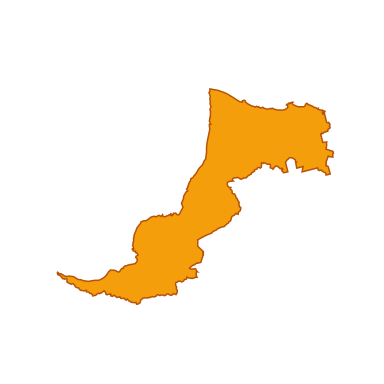 outline of Waitaki District, Canterbury, New Zealand, rotated 256°
{"feature_id": "76426892B29825208127723", "entity_name": "Waitaki District", "entity_type": "district", "adm_level": 2, "iso_a3": "NZL", "parent_name": "New Zealand", "parent_adm1": "Canterbury", "projection": "mercator", "projection_center": [170.369, -44.682], "detail": "fine", "context": "isolated", "style": "filled", "palette": "amber", "viewbox_px": 384, "rotation_deg": 256, "n_neighbors": 0, "source": "geoboundaries", "source_scale": "gbopen_adm2", "svg_char_len": 6067}
<svg xmlns="http://www.w3.org/2000/svg" viewBox="0 0 384 384"><g transform="rotate(256 192 192)"><path d="M115.0,70.7L115.3,72.4L115.0,73.4L116.5,76.3L115.8,77.3L115.9,78.5L116.2,79.2L116.0,79.6L117.4,82.9L115.0,83.9L113.4,83.8L112.8,84.8L113.0,85.9L112.7,87.0L112.9,88.1L112.5,88.5L110.9,88.0L110.0,89.7L110.6,90.9L110.4,92.0L109.6,92.2L107.8,93.7L108.0,94.4L107.5,95.8L107.8,96.7L106.1,97.1L105.3,99.4L105.6,100.1L103.0,101.8L103.8,103.2L101.5,104.5L100.9,105.5L99.7,106.3L99.7,107.1L99.1,107.6L98.6,109.0L98.4,111.0L97.0,110.9L96.3,111.4L96.4,112.8L97.0,114.7L99.6,116.2L100.8,118.8L100.7,120.8L99.9,123.3L100.1,124.1L99.7,126.1L100.1,126.8L99.9,128.8L99.3,130.0L99.7,132.3L100.6,133.1L100.6,133.5L100.4,134.3L99.3,135.8L99.6,136.5L99.0,138.9L98.0,140.3L98.3,141.8L99.1,142.9L99.0,143.9L97.4,145.6L96.7,147.3L97.9,149.8L96.3,151.6L97.7,153.1L100.0,153.9L102.2,153.4L103.5,154.1L104.9,153.6L107.2,153.9L108.1,154.6L108.0,155.5L108.8,157.1L108.1,159.4L107.3,160.0L107.2,160.5L107.6,162.2L109.1,163.7L108.7,164.6L108.8,165.4L109.4,166.1L110.7,166.5L109.5,167.9L108.6,169.5L108.5,170.5L108.0,171.1L108.3,171.8L108.0,172.8L108.4,174.5L108.0,176.3L110.0,175.9L112.9,176.7L113.7,177.2L113.3,178.0L114.7,177.2L116.1,177.2L116.7,176.7L117.3,172.6L118.7,171.1L120.6,174.7L120.8,177.0L121.9,179.0L121.5,180.1L121.6,183.5L127.7,187.3L129.7,187.7L129.1,188.0L131.4,188.6L138.0,184.4L144.3,186.1L146.6,195.3L147.4,201.2L148.7,203.0L149.1,206.0L150.2,208.4L150.8,212.1L150.7,214.9L152.5,218.0L153.2,220.0L154.1,220.6L154.7,222.5L158.6,224.7L159.3,227.5L160.7,229.6L159.8,230.2L159.2,231.4L161.1,232.1L162.2,234.3L164.3,235.4L165.4,235.5L166.1,234.4L166.6,234.4L167.7,234.7L168.6,234.4L170.6,235.3L172.0,234.6L174.9,234.1L176.1,233.3L177.9,233.4L179.9,232.7L180.5,231.3L181.1,230.7L183.5,231.2L185.7,229.9L187.0,230.8L187.4,229.3L189.1,228.0L191.6,228.2L192.8,228.8L193.3,232.3L192.9,232.9L192.7,234.8L193.6,234.1L194.7,234.3L195.6,236.4L195.1,237.7L195.2,239.7L192.5,242.7L193.0,245.7L192.7,248.1L194.3,250.6L195.0,253.7L196.4,254.7L196.3,255.7L197.1,256.8L197.0,257.6L198.5,258.1L198.4,260.2L199.8,261.7L199.4,263.6L198.7,263.9L199.2,265.2L201.6,266.1L203.0,266.1L203.5,267.0L202.5,268.2L203.0,269.0L200.7,271.9L200.2,274.1L199.1,274.7L196.7,273.8L196.0,274.4L195.7,275.6L194.5,276.1L196.5,278.6L196.8,280.4L195.0,282.2L193.3,283.2L193.3,284.5L192.4,284.4L192.8,285.3L192.0,285.6L191.6,284.9L190.2,284.5L189.1,285.5L188.5,285.5L188.4,289.9L198.1,289.9L200.1,291.9L200.6,293.2L201.6,294.5L201.3,296.6L199.9,298.6L198.2,300.0L196.5,299.8L195.9,300.5L195.8,299.8L189.8,299.4L189.8,305.9L184.9,303.7L185.0,319.8L182.7,319.8L182.1,320.6L182.2,321.8L181.7,322.9L181.0,323.1L178.1,326.3L176.0,326.2L176.0,330.5L183.7,330.3L185.1,328.9L185.1,328.4L187.3,329.3L188.0,329.0L193.9,332.9L192.9,334.1L191.8,337.1L194.8,337.7L195.3,338.6L196.1,338.6L197.3,338.6L201.1,332.5L205.5,334.2L206.8,334.3L207.9,334.9L208.5,330.9L217.1,330.9L217.5,331.6L216.9,331.4L217.4,332.0L217.1,332.4L217.3,333.4L218.2,335.9L217.9,336.5L218.2,337.2L218.1,338.5L219.4,338.6L220.3,340.2L220.3,340.9L220.8,341.4L221.6,341.7L222.4,341.2L224.3,342.3L226.3,341.4L225.9,341.1L226.0,340.8L227.1,339.5L236.5,339.5L235.7,338.0L236.5,337.6L237.3,338.3L237.5,338.1L237.2,338.0L237.9,337.7L237.8,341.1L238.4,340.0L240.0,338.2L240.1,337.3L241.2,335.1L241.8,334.5L242.6,334.8L242.4,334.0L244.0,332.4L244.6,330.8L245.8,330.0L248.0,327.2L248.8,325.6L249.9,325.5L250.3,324.8L249.7,323.4L247.9,322.3L247.7,321.1L248.8,316.3L249.7,314.5L252.1,311.5L253.3,310.7L254.4,310.8L254.7,311.7L254.8,311.6L254.8,309.0L254.3,309.0L254.1,308.4L254.7,307.4L254.3,307.2L254.4,306.7L254.0,306.1L254.1,305.0L253.5,304.7L253.1,305.4L252.3,305.7L250.9,305.4L250.0,303.8L249.5,301.8L249.5,299.9L250.9,294.7L252.2,292.2L253.9,290.1L253.6,289.2L254.2,288.0L253.9,286.2L254.3,284.8L255.7,282.4L257.2,281.0L256.7,280.0L257.0,278.9L257.9,277.4L258.7,277.3L258.6,276.4L259.5,275.4L259.1,273.9L259.3,273.5L260.3,272.4L260.8,271.0L264.2,267.3L266.1,265.8L267.6,265.7L268.4,265.0L268.2,262.3L268.1,262.9L267.2,262.7L267.3,262.2L267.9,262.4L267.2,262.1L267.9,260.3L277.7,250.9L280.3,247.9L284.4,241.7L287.7,234.3L285.6,233.8L284.2,232.8L284.6,232.8L284.4,232.5L280.4,232.9L278.1,231.9L274.2,231.4L273.3,230.8L270.5,231.1L267.3,229.2L266.3,229.5L262.4,228.6L261.5,228.0L260.1,228.0L259.4,227.0L258.8,227.1L256.7,226.0L255.2,226.4L254.2,226.0L253.3,226.6L253.3,225.1L248.5,224.4L237.0,218.9L231.8,216.9L226.7,215.6L220.5,213.1L219.4,211.5L215.9,208.8L213.0,204.3L208.4,199.8L207.4,198.0L206.0,196.7L205.1,194.0L203.3,193.3L202.0,191.7L197.2,188.6L196.1,187.4L194.1,188.1L193.3,186.1L190.5,183.3L186.8,181.6L183.8,179.1L179.3,179.5L174.9,175.5L173.8,174.9L173.1,173.0L174.0,171.6L175.4,171.2L175.9,168.9L174.5,168.1L174.0,167.3L174.0,166.5L175.4,166.8L176.0,166.1L174.8,165.5L175.3,164.9L175.3,163.8L174.9,163.2L174.8,160.9L174.5,159.7L175.0,158.5L175.5,158.1L177.1,157.9L175.7,156.2L177.3,154.5L176.7,150.7L177.4,149.9L177.7,149.0L177.6,146.3L175.2,140.6L175.7,138.6L175.4,135.3L173.8,134.2L170.7,130.1L163.8,125.2L162.1,124.8L161.1,124.0L158.1,123.4L157.4,122.5L156.3,122.5L154.4,121.4L153.2,121.8L151.9,121.5L151.2,121.8L150.9,121.5L151.3,120.7L151.1,120.2L150.4,120.9L149.2,120.6L148.2,122.0L148.3,122.7L148.0,122.9L147.7,122.5L146.2,123.1L145.7,124.2L143.6,124.2L143.2,122.1L142.2,121.6L139.8,122.6L137.9,121.9L136.3,119.6L136.3,116.7L136.6,114.2L136.3,108.5L135.4,107.2L134.5,106.8L134.8,106.0L134.3,104.6L132.4,102.6L132.1,101.8L132.3,100.9L134.6,98.3L136.0,94.0L134.8,91.9L131.8,88.6L130.3,85.9L129.0,81.6L129.0,79.6L129.7,77.0L130.1,73.6L130.3,70.0L132.0,65.6L133.9,62.7L134.6,60.4L138.4,56.8L140.3,52.0L140.2,50.8L141.3,47.7L141.8,47.6L144.3,45.2L145.1,43.2L146.6,42.2L146.0,41.7L144.2,41.8L143.0,43.7L139.0,45.7L138.8,46.8L138.2,47.4L138.5,48.5L138.3,49.2L137.5,49.6L135.1,48.9L134.0,49.7L131.6,52.6L131.9,53.8L131.6,54.6L130.2,55.5L128.1,56.0L126.9,57.4L126.2,58.9L124.9,59.2L123.6,60.1L122.0,63.8L122.3,64.5L122.1,65.8L120.6,65.4L120.2,66.9L119.2,68.0L118.4,68.2L117.5,70.1L115.0,70.7Z" fill="#f59e0b" stroke="#b45309" stroke-width="1.5"/></g></svg>